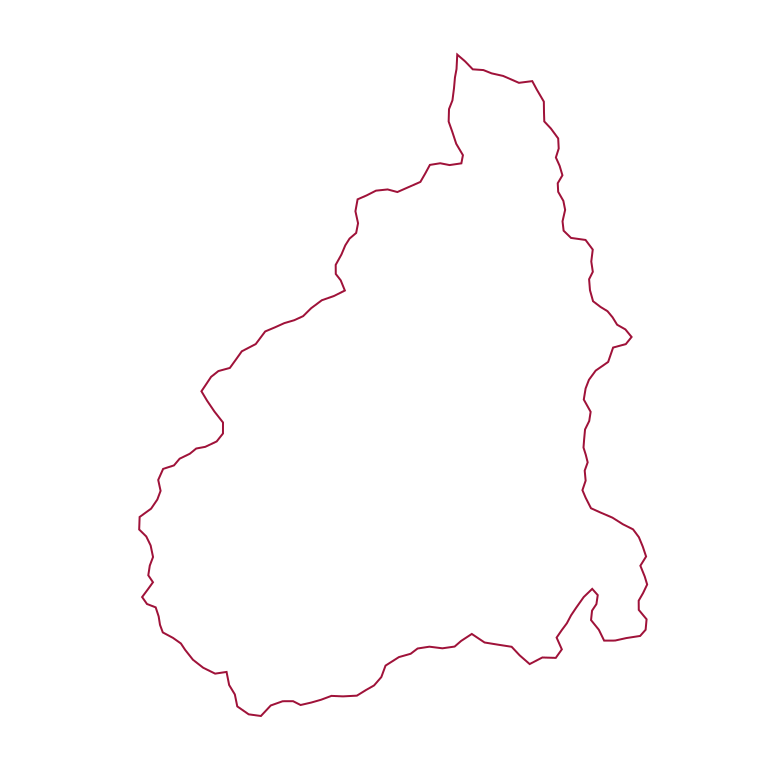 the district of Nova Serrana, Minas Gerais, Brazil, rotated 87°
{"feature_id": "56859067B56577465967260", "entity_name": "Nova Serrana", "entity_type": "district", "adm_level": 2, "iso_a3": "BRA", "parent_name": "Brazil", "parent_adm1": "Minas Gerais", "projection": "natural_earth1", "projection_center": [-44.98, -19.859], "detail": "fine", "context": "isolated", "style": "outline", "palette": "rose", "viewbox_px": 768, "rotation_deg": 87, "n_neighbors": 0, "source": "geoboundaries", "source_scale": "gbopen_adm2", "svg_char_len": 2636}
<svg xmlns="http://www.w3.org/2000/svg" viewBox="0 0 768 768"><g transform="rotate(87 384 384)"><path d="M58.9,293.6L73.3,295.1L81.6,297.1L92.2,298.6L104.3,300.8L112.9,304.7L125.3,305.7L135.4,302.7L147.9,299.3L159.6,293.2L167.7,295.2L168.8,307.1L166.5,316.3L167.6,326.7L176.1,331.9L184.1,337.1L188.6,349.0L193.0,360.6L189.9,370.2L190.5,381.9L194.8,391.6L198.2,400.7L210.0,403.5L222.1,401.5L231.7,403.9L237.0,410.8L243.5,415.4L252.4,419.7L262.5,426.0L271.6,426.4L278.2,421.8L288.6,418.2L293.5,429.4L297.1,441.7L304.5,452.8L312.0,461.2L315.6,470.3L318.0,480.4L321.7,489.9L325.3,499.9L337.4,510.0L343.9,524.3L351.6,530.4L359.9,537.1L362.4,548.7L367.8,556.3L375.6,562.1L381.7,566.7L391.5,561.5L402.6,554.8L414.0,546.8L425.0,547.4L432.6,554.1L437.4,565.8L438.6,574.9L443.5,581.6L447.9,592.0L454.3,598.0L457.2,609.0L468.0,614.5L479.0,612.7L487.5,616.4L496.3,623.1L504.0,635.0L516.5,636.1L523.8,629.4L533.0,625.5L544.7,623.7L553.1,627.4L562.7,629.4L569.9,625.1L576.5,630.4L584.1,636.7L591.3,632.2L595.1,623.7L604.3,621.2L612.8,620.3L620.5,617.9L626.5,608.0L632.5,600.4L639.1,596.5L649.4,589.2L657.9,579.4L664.4,567.8L663.3,556.3L676.5,554.4L686.2,549.2L698.3,547.4L706.8,536.4L709.1,524.3L699.1,513.9L695.5,501.8L696.0,491.4L700.2,484.1L698.3,473.3L696.0,463.3L692.7,452.8L693.8,441.3L693.8,427.4L688.6,417.9L684.5,409.7L676.5,402.0L665.3,397.2L657.5,383.4L654.8,371.5L649.9,364.3L648.7,352.4L651.0,339.5L649.9,327.2L644.6,320.4L638.2,309.4L647.4,297.1L650.3,283.7L653.1,270.3L662.1,262.7L671.3,253.2L665.4,240.2L666.5,226.8L658.3,220.3L646.3,224.9L639.0,219.3L632.5,213.9L624.8,209.3L617.6,203.9L607.2,195.7L599.5,186.8L606.0,181.6L614.9,183.4L621.2,188.1L630.6,189.6L640.7,182.3L651.8,177.6L652.3,166.7L650.4,155.3L649.0,141.4L643.1,135.6L632.7,134.1L622.9,141.4L613.7,141.0L606.3,136.2L598.0,131.7L589.9,133.7L578.9,137.5L570.0,131.3L559.9,134.1L550.3,137.5L542.2,142.9L536.5,152.9L529.4,162.9L523.8,174.3L518.9,183.8L508.1,188.6L500.4,191.4L491.1,187.7L481.0,188.1L472.9,184.7L465.3,186.2L457.9,188.1L450.2,187.1L439.9,185.6L431.7,181.0L422.6,179.1L410.0,185.3L399.0,182.9L390.5,179.1L381.7,171.9L373.7,159.0L359.6,153.3L356.8,140.4L350.0,134.3L342.1,140.1L337.0,148.1L329.3,152.3L323.0,157.0L318.4,163.7L312.3,170.9L301.1,173.4L290.1,173.7L282.9,169.6L272.5,170.6L260.7,168.5L250.7,175.2L247.9,189.6L240.3,196.6L230.9,197.2L219.6,194.0L210.5,195.3L201.2,200.0L192.6,200.0L184.9,194.9L175.3,197.2L166.8,200.5L158.0,197.2L147.9,197.2L137.7,203.9L130.2,210.2L120.9,210.0L110.4,209.6L98.0,216.0L89.3,220.1L90.3,233.5L82.6,248.9L79.4,260.3L75.7,268.3L74.4,278.9L66.1,286.1L58.9,293.6Z" fill="none" stroke="#9f1239" stroke-width="2"/></g></svg>